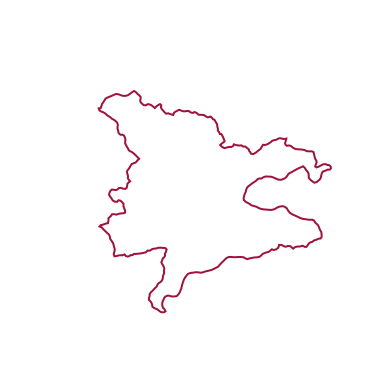 the district of Capelinha, Minas Gerais, Brazil, rotated 132°
{"feature_id": "56859067B52370069341142", "entity_name": "Capelinha", "entity_type": "district", "adm_level": 2, "iso_a3": "BRA", "parent_name": "Brazil", "parent_adm1": "Minas Gerais", "projection": "albers", "projection_center": [-42.499, -17.703], "detail": "fine", "context": "isolated", "style": "outline", "palette": "rose", "viewbox_px": 384, "rotation_deg": 132, "n_neighbors": 0, "source": "geoboundaries", "source_scale": "gbopen_adm2", "svg_char_len": 6064}
<svg xmlns="http://www.w3.org/2000/svg" viewBox="0 0 384 384"><g transform="rotate(132 192 192)"><path d="M279.5,237.6L278.7,235.6L279.0,233.5L279.1,231.7L279.1,229.9L279.2,227.5L279.2,225.1L280.0,223.3L281.5,221.6L282.0,219.4L282.4,217.8L283.2,215.7L284.6,213.7L285.6,212.0L286.7,210.7L288.2,209.8L290.5,208.7L291.7,206.6L290.2,205.3L288.4,204.2L287.1,203.1L285.6,201.4L283.5,200.4L283.8,198.2L283.0,196.6L281.7,195.7L280.0,195.4L278.7,194.0L276.9,193.7L275.5,192.2L273.5,190.4L272.1,189.1L270.0,187.5L267.6,185.9L265.2,185.8L263.7,184.0L261.7,183.6L260.2,182.9L258.3,181.1L256.1,179.8L254.4,178.1L253.0,176.2L251.6,174.5L251.6,172.5L253.6,171.4L256.1,170.8L257.4,169.4L259.1,169.0L260.9,169.3L263.1,168.3L264.7,167.8L265.4,166.3L266.0,164.0L267.5,161.2L269.4,160.1L270.9,158.4L273.3,157.6L274.6,156.8L275.9,155.8L278.0,155.1L279.9,155.1L281.9,155.8L283.7,155.7L286.0,155.0L288.5,155.2L291.0,155.2L293.8,155.4L296.2,155.2L297.6,153.9L299.3,153.2L301.0,151.8L301.0,149.8L301.4,148.2L302.2,146.5L303.8,144.6L303.3,141.7L302.4,139.3L302.3,137.5L302.2,135.6L301.6,133.9L299.9,132.2L298.3,131.9L297.5,134.2L297.4,136.3L296.1,138.3L294.1,140.1L292.0,140.8L290.1,141.5L288.4,141.9L286.8,141.5L285.2,140.7L284.2,139.3L283.3,137.3L281.5,135.3L279.6,133.7L277.8,133.6L276.2,133.7L274.5,134.0L272.4,134.9L270.9,135.4L268.7,136.6L266.6,137.7L264.5,138.6L262.5,139.4L260.3,139.9L257.2,140.2L255.6,140.2L254.1,139.5L252.6,138.5L251.3,137.3L249.4,135.8L247.5,133.6L246.5,132.0L245.2,130.6L242.1,128.9L238.1,126.1L236.4,125.1L234.2,124.2L230.0,122.6L225.6,122.7L223.3,122.5L219.3,122.3L217.7,122.1L215.9,121.3L214.5,120.0L213.3,118.4L211.7,116.4L210.1,114.8L208.8,113.6L207.3,111.8L206.0,110.0L205.6,107.8L204.8,105.9L203.2,105.0L201.6,103.9L198.7,101.7L197.2,100.1L195.0,98.5L192.9,98.1L190.8,98.1L189.0,97.3L187.1,96.3L185.5,95.1L183.3,94.6L181.1,94.3L180.5,92.5L178.4,91.1L175.6,90.6L173.0,91.9L171.3,89.9L171.0,87.8L170.1,85.8L168.0,84.6L166.5,82.8L166.4,78.9L164.1,78.6L162.6,77.7L161.2,76.2L159.8,75.0L157.9,73.8L157.3,71.4L156.1,70.2L152.0,70.7L150.1,70.3L148.5,69.2L146.4,68.9L144.4,67.7L141.8,66.5L140.4,65.3L138.9,65.5L137.3,66.8L135.3,69.0L134.4,71.8L133.3,73.8L132.4,75.9L132.2,80.4L131.5,82.1L132.2,84.2L133.9,85.9L134.8,87.2L136.0,89.0L137.1,90.6L138.2,92.4L139.1,94.9L140.3,98.9L141.2,101.6L141.8,103.7L141.9,106.0L141.4,108.4L140.7,110.6L140.9,113.2L142.1,115.4L144.5,117.3L147.0,118.5L149.0,119.0L150.7,119.9L152.3,121.1L153.4,122.5L154.4,123.7L155.3,125.0L156.7,126.7L158.2,129.0L159.2,131.5L159.8,134.1L160.9,136.4L162.2,139.1L162.3,141.4L163.4,145.5L163.3,148.0L162.0,149.5L160.4,150.5L157.9,151.6L156.1,152.1L153.9,153.3L152.3,153.9L150.3,154.0L148.4,153.6L146.6,153.3L145.0,153.0L143.3,152.5L141.2,152.0L138.4,151.8L136.8,150.9L135.5,149.4L133.8,149.0L132.0,148.2L130.7,147.1L127.7,143.4L126.7,141.1L125.0,136.0L122.9,133.6L120.5,132.5L118.6,131.9L116.6,132.0L115.0,132.3L113.2,132.3L110.0,131.0L108.4,130.6L106.7,130.0L104.4,129.2L102.2,128.3L100.4,127.4L98.6,126.7L98.6,124.4L99.3,121.9L99.6,119.9L100.0,118.2L101.5,116.4L103.3,114.8L103.6,113.3L103.7,110.8L103.2,107.3L101.3,106.0L99.6,105.8L97.2,105.4L95.1,105.9L92.9,107.2L91.1,108.1L89.3,108.5L87.2,107.2L84.8,106.3L83.2,104.6L81.5,104.6L80.3,105.9L80.2,107.9L81.3,109.5L81.9,111.3L83.4,112.9L85.0,113.6L86.7,114.2L88.6,114.9L90.4,115.9L90.6,117.5L88.8,118.4L86.7,119.1L85.5,120.5L85.1,122.1L84.2,123.8L83.0,125.5L82.1,126.9L81.0,128.3L81.6,130.2L82.9,131.6L84.8,133.9L85.5,136.4L86.5,138.1L87.6,139.6L88.7,141.0L90.8,143.8L91.5,146.3L91.6,149.4L92.7,151.3L94.2,152.4L94.3,154.1L93.4,155.6L91.0,156.6L89.2,157.6L91.0,159.0L92.1,160.8L93.2,162.7L94.6,163.6L96.9,164.4L98.6,165.7L100.4,166.7L102.6,166.9L106.0,167.9L108.2,169.2L109.4,170.8L111.6,170.4L114.3,169.9L117.0,170.5L120.0,170.9L122.8,171.8L124.1,173.9L123.4,175.4L123.2,177.1L122.3,178.3L122.6,182.9L124.1,184.5L124.3,186.5L126.0,188.1L127.6,190.6L128.6,192.8L130.1,192.2L132.1,192.8L133.7,194.6L135.7,195.9L137.7,197.3L138.4,200.0L138.2,202.5L136.2,202.3L134.3,201.9L132.6,201.7L131.6,203.2L130.7,205.1L129.9,207.0L129.3,208.8L130.3,210.1L129.5,211.6L129.1,213.9L127.5,215.2L126.6,216.8L124.8,218.8L124.0,221.6L123.3,223.6L123.9,225.2L123.4,227.0L123.6,228.8L125.9,230.1L126.6,232.4L126.8,234.7L128.5,236.8L130.2,238.8L130.2,241.5L130.8,243.6L132.7,244.3L133.8,246.3L134.0,248.7L135.2,250.0L136.5,251.0L137.7,252.2L138.6,254.1L139.4,256.5L141.4,257.3L143.9,258.2L145.5,258.3L147.3,257.5L148.5,259.9L149.4,262.3L151.1,263.6L151.1,265.9L150.9,267.4L150.7,269.7L149.9,271.7L148.1,272.9L148.1,274.6L150.5,275.4L152.6,275.8L154.5,275.8L154.6,279.7L155.1,281.7L156.3,283.7L158.4,284.2L159.8,286.2L159.8,288.2L159.6,290.4L158.7,291.8L157.0,292.6L155.6,294.0L155.5,296.0L155.6,297.9L155.3,300.2L155.6,302.6L157.1,303.1L158.6,303.4L160.6,303.8L163.0,304.4L165.0,305.7L166.4,307.2L167.4,308.9L168.4,311.6L169.9,314.0L171.7,314.9L173.8,315.8L175.9,316.8L178.8,318.2L180.6,318.7L183.4,318.2L185.1,317.9L186.8,317.8L188.8,316.8L190.9,316.0L192.3,317.3L193.3,315.3L192.9,313.2L192.1,311.2L191.7,308.9L191.7,305.6L191.1,302.6L191.1,300.3L190.6,298.4L190.4,296.2L190.5,294.1L191.7,292.0L193.6,290.8L194.9,289.6L195.9,287.8L197.3,286.1L197.4,283.6L195.9,281.9L195.6,280.2L196.2,278.7L197.3,276.9L198.8,275.6L200.3,274.6L201.4,272.4L202.1,270.0L202.6,268.4L203.3,266.9L203.1,265.3L202.5,263.3L202.3,260.7L202.5,256.1L202.7,253.5L204.8,253.7L207.8,253.6L209.9,254.7L211.6,255.5L213.6,255.2L215.6,254.7L219.1,254.4L220.6,253.8L221.8,252.1L223.0,250.1L224.7,248.9L225.2,247.0L225.5,245.1L227.5,245.5L229.1,245.5L230.9,244.3L232.6,243.3L234.3,243.6L235.7,245.5L236.4,247.5L237.9,248.9L240.4,249.2L242.0,250.4L242.8,251.8L243.8,253.2L245.3,253.4L247.4,253.0L249.6,251.8L250.2,249.8L250.6,247.6L251.3,245.3L250.9,243.1L249.5,241.1L247.2,241.0L246.3,239.3L246.3,237.2L246.6,235.0L248.3,233.6L249.6,231.4L250.4,229.5L252.1,227.9L253.9,228.9L255.6,230.6L257.5,232.0L259.4,233.0L260.4,234.8L262.0,236.5L264.0,236.2L267.3,236.6L269.2,234.9L271.4,233.6L273.2,235.0L274.6,235.7L276.1,236.5L277.6,237.6L279.5,237.6Z" fill="none" stroke="#9f1239" stroke-width="2"/></g></svg>